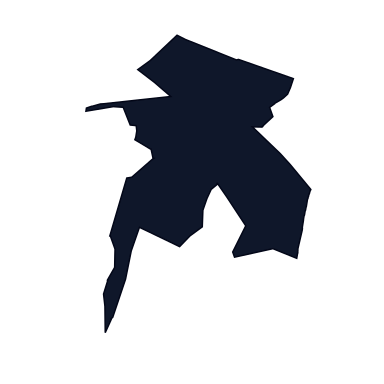 Marondera Urban, Mashonaland East, Zimbabwe (Equal Earth projection), rotated 9°
{"feature_id": "62879985B19801447956475", "entity_name": "Marondera Urban", "entity_type": "district", "adm_level": 2, "iso_a3": "ZWE", "parent_name": "Zimbabwe", "parent_adm1": "Mashonaland East", "projection": "equal_earth", "projection_center": [31.561, -18.213], "detail": "fine", "context": "isolated", "style": "filled", "palette": "ink", "viewbox_px": 384, "rotation_deg": 9, "n_neighbors": 0, "source": "geoboundaries", "source_scale": "gbopen_adm2", "svg_char_len": 1728}
<svg xmlns="http://www.w3.org/2000/svg" viewBox="0 0 384 384"><g transform="rotate(9 192 192)"><path d="M87.7,119.4L79.9,123.0L79.5,123.0L74.6,125.6L74.6,128.8L100.9,120.0L110.8,119.1L120.5,135.5L126.5,135.2L127.9,140.3L127.9,146.6L127.4,149.3L144.3,156.1L144.9,156.1L148.2,164.7L148.9,164.7L148.2,165.3L130.4,186.6L129.9,186.9L125.4,188.4L117.7,248.3L118.3,248.3L124.9,260.4L127.4,278.6L122.0,292.9L122.7,292.1L120.6,306.6L123.9,318.6L128.3,344.5L132.1,330.7L132.3,329.7L131.3,330.5L133.3,328.2L140.0,288.5L141.2,259.7L145.6,235.1L156.1,238.2L188.3,247.9L196.9,235.6L207.6,224.8L205.6,208.3L207.8,196.0L210.7,185.8L211.1,185.8L215.7,180.5L215.2,178.9L227.1,191.4L250.4,217.0L241.6,244.9L244.2,249.7L280.8,235.3L305.8,241.1L305.9,235.5L306.0,235.5L306.0,235.4L305.8,234.3L305.7,232.9L305.5,231.8L305.5,231.0L306.8,212.9L306.8,212.1L306.8,211.0L306.5,209.6L306.5,208.9L306.5,207.8L306.5,206.3L306.5,205.2L306.5,203.8L306.5,202.7L306.4,200.9L306.4,199.4L306.4,198.3L306.7,197.2L306.7,195.8L306.7,194.3L306.7,193.2L307.0,192.1L307.0,190.7L307.0,189.6L307.2,188.5L307.2,185.6L307.2,184.5L307.2,181.6L307.2,180.9L307.5,180.5L307.5,179.0L307.8,178.3L307.7,178.0L307.7,177.6L307.7,176.9L308.0,176.5L308.0,175.0L308.3,174.7L308.3,174.0L308.3,173.6L308.3,172.9L308.6,172.5L308.6,172.1L308.6,171.8L308.6,171.4L308.8,171.4L308.8,171.0L309.4,171.3L284.9,149.7L273.3,140.4L241.4,118.2L251.0,116.9L251.3,116.6L251.0,116.5L260.1,104.9L255.4,96.3L259.8,91.9L259.7,91.6L265.6,86.8L267.6,84.8L271.1,80.4L272.9,73.4L274.4,64.2L244.2,58.7L233.3,56.7L217.8,53.9L217.1,53.8L215.2,54.6L161.7,42.4L152.7,39.5L130.1,68.8L119.3,79.6L137.4,89.4L154.9,100.2L156.1,101.0L90.4,118.8L87.7,119.4Z" fill="#0f172a" stroke="#020617" stroke-width="1.5"/></g></svg>